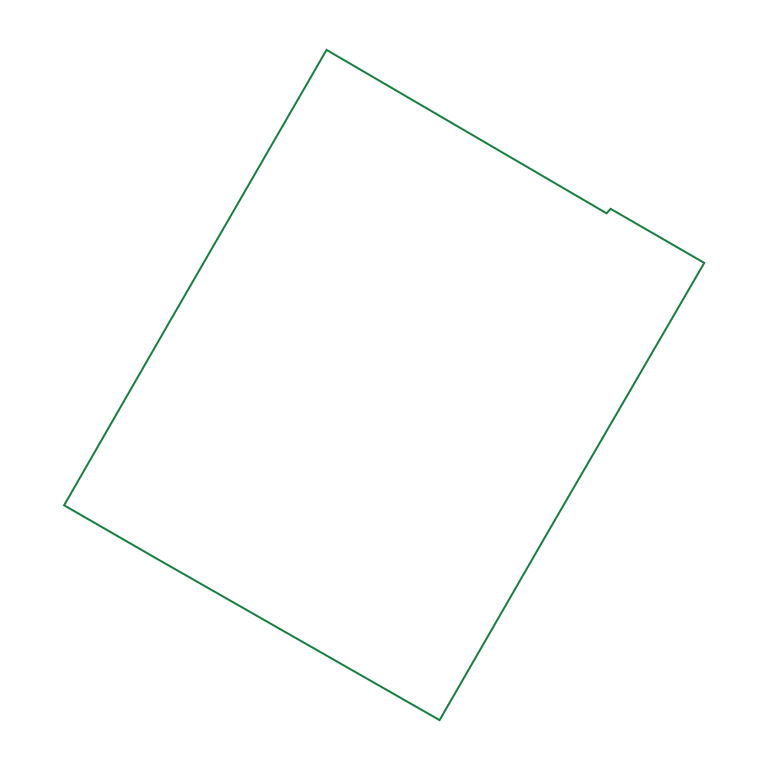 the district of Lincoln, Kansas, United States of America, rotated 120°
{"feature_id": "52423323B2228267631345", "entity_name": "Lincoln", "entity_type": "district", "adm_level": 2, "iso_a3": "USA", "parent_name": "United States of America", "parent_adm1": "Kansas", "projection": "equal_earth", "projection_center": [-98.224, 39.045], "detail": "fine", "context": "isolated", "style": "outline", "palette": "green", "viewbox_px": 768, "rotation_deg": 120, "n_neighbors": 0, "source": "geoboundaries", "source_scale": "gbopen_adm2", "svg_char_len": 286}
<svg xmlns="http://www.w3.org/2000/svg" viewBox="0 0 768 768"><g transform="rotate(120 384 384)"><path d="M119.0,167.2L119.0,275.3L124.9,276.6L123.4,600.8L439.2,600.8L649.0,600.4L648.9,491.8L647.3,167.8L435.9,168.0L119.0,167.2Z" fill="none" stroke="#15803d" stroke-width="2"/></g></svg>